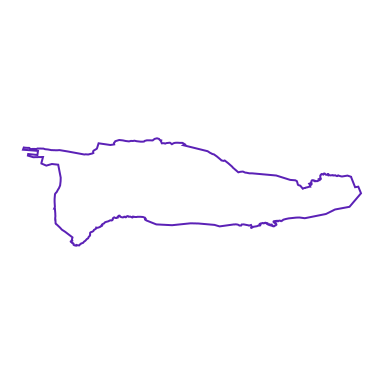 Vadakstes pag., Saldus, Latvia (Equal Earth projection)
{"feature_id": "27541924B67343530122833", "entity_name": "Vadakstes pag.", "entity_type": "district", "adm_level": 2, "iso_a3": "LVA", "parent_name": "Latvia", "parent_adm1": "Saldus", "projection": "equal_earth", "projection_center": [22.796, 56.389], "detail": "fine", "context": "isolated", "style": "outline", "palette": "violet", "viewbox_px": 384, "rotation_deg": 0, "n_neighbors": 0, "source": "geoboundaries", "source_scale": "gbopen_adm2", "svg_char_len": 5801}
<svg xmlns="http://www.w3.org/2000/svg" viewBox="0 0 384 384"><path d="M119.2,140.0L115.3,141.2L115.1,141.7L114.2,142.6L114.0,143.1L114.2,144.4L110.4,145.0L98.6,143.3L97.0,148.3L96.9,148.5L96.7,148.8L93.7,150.6L93.3,151.0L93.1,151.8L93.3,153.0L92.9,153.1L92.6,153.4L88.2,154.5L85.4,154.3L85.1,154.4L84.3,154.5L68.0,151.5L59.5,150.1L56.9,150.3L51.3,150.1L48.1,149.5L45.1,149.2L43.4,148.6L37.5,148.5L36.4,149.0L32.9,148.9L31.4,149.1L30.1,148.8L29.2,147.9L26.0,147.8L23.8,147.5L23.0,149.7L38.0,150.9L37.4,155.0L28.2,154.0L27.9,155.6L33.2,157.2L43.0,157.0L41.4,163.0L41.4,163.5L44.9,165.0L46.3,165.6L51.9,164.0L58.2,164.7L60.7,177.6L60.6,181.2L60.1,185.5L59.4,187.1L58.8,188.5L58.3,189.1L56.6,192.2L55.8,192.9L55.8,193.0L55.0,194.1L54.6,198.9L54.6,201.9L54.9,207.0L54.3,208.4L54.8,208.3L54.9,208.5L55.3,213.7L55.3,214.9L55.4,216.0L55.2,218.1L55.2,219.6L55.4,219.6L55.6,223.4L56.1,224.1L56.3,224.1L60.0,227.6L60.9,228.6L61.9,229.7L65.0,231.7L72.5,237.4L72.5,237.5L71.9,239.4L72.3,240.6L70.8,241.3L70.7,241.5L70.8,241.8L72.0,242.5L72.0,242.8L72.9,243.1L73.0,243.2L72.8,243.3L73.0,243.5L73.3,244.0L73.6,244.2L73.7,244.5L73.7,244.9L74.4,245.3L76.2,245.7L76.4,245.6L76.3,245.0L76.6,244.9L77.4,245.3L79.2,245.4L80.0,244.4L80.7,244.0L81.1,243.5L83.0,242.9L84.1,241.6L85.3,240.8L86.8,239.1L88.1,238.3L88.7,236.9L89.9,235.7L90.1,235.1L90.0,234.8L90.1,234.4L90.1,233.1L90.3,232.6L91.2,232.0L92.1,231.8L92.8,231.4L93.4,231.0L93.9,230.0L95.8,228.8L96.2,228.2L96.2,227.6L96.4,227.6L96.6,227.8L96.9,227.9L98.6,227.5L100.5,226.7L100.6,226.3L100.7,226.2L101.8,225.9L101.8,225.7L101.7,225.4L101.8,224.9L102.3,224.9L102.3,224.4L102.5,224.3L102.9,223.9L104.1,223.4L104.7,222.6L105.2,222.2L106.4,221.8L108.3,221.3L110.0,220.4L110.4,220.3L111.3,220.5L112.3,220.2L112.4,219.7L112.8,219.4L112.8,218.5L113.0,218.2L114.1,217.4L114.4,217.4L114.5,217.5L115.2,217.9L116.0,218.0L116.5,218.0L116.8,217.7L117.7,217.7L117.8,217.5L117.6,217.3L117.8,216.6L118.1,216.4L118.5,216.3L118.7,215.8L118.9,215.7L119.6,215.7L120.0,216.2L120.1,216.6L121.2,217.1L122.7,217.4L123.7,217.2L124.0,216.8L124.2,216.7L125.8,217.3L126.0,217.2L125.9,216.9L126.0,216.7L127.6,216.1L128.1,216.2L128.6,216.7L129.1,216.8L129.7,216.6L130.2,216.6L132.3,217.5L132.5,217.4L132.2,217.1L132.6,216.7L133.8,216.7L134.8,217.0L136.1,217.0L136.8,217.0L137.4,216.8L140.4,216.8L143.0,217.0L144.2,217.5L144.8,217.6L145.0,217.8L145.6,218.7L145.0,219.0L145.0,219.4L145.3,219.8L146.5,220.5L156.3,224.4L172.1,225.2L190.6,223.3L198.5,223.5L214.5,224.9L219.6,226.4L234.1,224.4L234.6,224.5L235.7,224.3L237.7,224.6L238.7,225.0L239.3,225.5L241.1,225.5L241.7,224.5L243.7,224.4L248.3,225.3L249.0,225.6L251.0,225.0L251.4,225.9L251.7,226.3L251.6,226.7L251.1,227.7L251.3,227.9L252.4,227.4L253.4,226.8L257.0,226.2L258.0,225.7L260.0,225.5L260.2,225.4L260.3,225.1L259.7,225.0L259.4,224.7L259.4,224.4L259.8,223.9L260.3,223.6L260.9,223.4L261.6,223.4L261.9,223.2L262.7,223.0L263.2,223.3L263.7,223.3L264.1,223.0L265.2,222.8L265.3,223.1L266.0,222.9L266.6,223.0L267.4,223.2L267.4,223.4L267.1,223.4L266.9,223.6L267.0,223.9L267.5,224.0L268.2,224.6L268.3,224.5L268.5,224.2L269.0,224.2L269.1,224.7L270.3,225.4L270.7,225.4L270.9,225.2L270.7,224.6L270.8,224.5L271.2,224.5L271.8,224.6L272.2,225.4L272.1,225.8L272.2,226.0L273.3,226.3L274.0,226.3L274.2,226.2L274.2,225.8L274.3,225.7L275.6,225.4L276.4,224.7L276.2,223.9L275.8,223.5L274.9,223.1L273.7,222.2L273.5,221.8L273.7,221.3L274.2,221.3L274.7,221.1L275.5,221.4L276.2,221.5L276.6,221.4L276.4,221.1L276.3,220.9L277.2,220.8L277.5,221.2L278.0,221.3L278.3,221.2L278.6,220.8L279.5,220.6L280.4,220.9L280.7,220.8L281.1,221.1L281.5,220.8L282.2,220.7L283.3,219.7L285.8,219.0L288.6,218.4L296.2,217.6L299.5,217.5L304.6,218.2L305.4,218.1L325.9,214.0L335.0,209.5L349.5,206.8L361.0,193.3L358.3,186.7L355.1,187.2L351.5,178.1L351.1,176.8L347.5,175.6L342.0,176.5L340.9,176.3L338.8,175.7L338.3,175.4L338.1,175.4L337.7,175.7L337.5,176.0L337.0,176.1L335.9,175.7L335.5,175.3L334.8,175.3L334.2,175.5L333.8,175.4L333.2,175.5L333.0,175.2L332.6,175.1L330.7,175.4L329.5,175.2L329.4,175.1L329.0,175.0L328.9,175.3L328.3,175.4L328.1,175.2L328.1,174.4L328.3,174.1L328.2,174.0L327.8,174.0L327.1,174.7L326.5,174.8L325.9,174.7L324.9,173.7L324.6,173.5L324.1,173.5L323.7,173.7L323.6,174.4L323.4,174.6L323.0,174.5L322.2,174.1L321.7,174.0L321.3,174.3L321.4,174.5L320.6,175.1L320.3,175.5L320.3,177.1L320.2,177.9L320.3,178.1L320.8,178.4L320.8,178.6L320.3,178.9L319.6,179.0L320.2,179.5L319.8,179.8L319.6,180.2L318.2,180.3L318.1,180.6L317.9,180.7L317.8,181.0L317.0,181.2L316.4,181.1L316.0,181.0L315.6,180.9L315.4,181.0L315.1,181.3L314.6,181.2L314.7,180.9L314.4,180.6L313.6,180.3L312.5,180.2L312.0,180.3L311.7,180.6L311.4,181.3L311.5,181.7L311.4,182.0L310.9,182.6L310.8,182.8L311.2,183.5L311.6,183.6L311.6,183.9L311.4,184.2L310.8,184.6L310.6,184.5L310.6,183.7L309.9,183.8L309.4,183.6L309.2,183.7L310.1,184.9L310.7,185.1L310.1,185.6L310.2,186.1L309.6,186.4L309.8,186.7L309.3,186.7L307.0,187.4L306.0,187.5L305.7,187.8L305.2,188.0L304.2,188.0L302.8,188.7L300.3,185.7L298.4,185.1L297.9,184.7L297.2,182.1L296.8,181.1L295.3,180.3L290.2,179.9L276.2,175.5L251.7,173.3L249.3,173.3L246.4,172.7L245.2,172.6L243.0,171.6L242.4,171.6L240.4,171.8L238.3,172.3L232.6,167.4L232.4,166.9L228.2,163.2L224.7,160.5L223.7,160.9L221.4,160.4L221.0,159.9L216.8,156.4L213.8,154.3L213.1,154.2L212.3,154.0L211.5,153.5L210.2,152.9L207.6,151.2L183.3,145.2L184.8,144.3L182.9,143.1L182.4,142.9L180.3,142.9L177.4,142.7L175.1,142.8L173.6,143.2L171.9,144.2L170.1,142.8L169.8,142.7L166.4,143.1L165.1,143.6L164.1,143.2L161.8,143.3L161.3,142.0L160.8,141.2L161.1,140.6L161.2,140.4L159.7,139.9L159.0,138.9L157.0,138.3L154.6,138.9L152.7,140.4L147.0,140.3L144.7,140.9L143.9,141.6L141.0,141.7L136.6,141.2L134.4,140.7L132.9,141.0L131.0,140.9L129.0,141.4L125.7,141.0L122.9,140.4L119.2,140.0Z" fill="none" stroke="#5b21b6" stroke-width="2"/></svg>